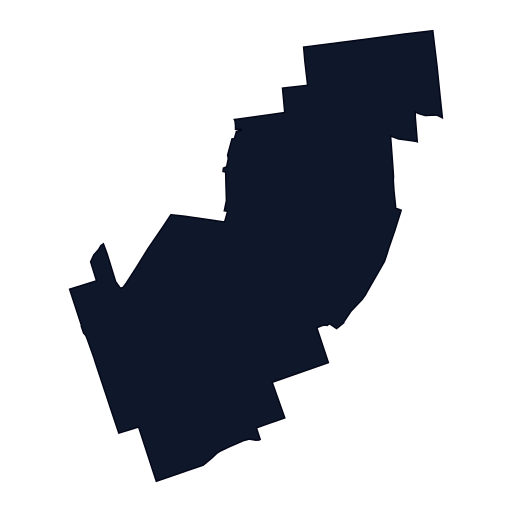 Calmatuiu, Teleorman, Romania (Albers equal-area conic projection)
{"feature_id": "2599482B22374175683856", "entity_name": "Calmatuiu", "entity_type": "district", "adm_level": 2, "iso_a3": "ROU", "parent_name": "Romania", "parent_adm1": "Teleorman", "projection": "albers", "projection_center": [24.851, 43.964], "detail": "fine", "context": "isolated", "style": "filled", "palette": "ink", "viewbox_px": 512, "rotation_deg": 0, "n_neighbors": 0, "source": "geoboundaries", "source_scale": "gbopen_adm2", "svg_char_len": 1941}
<svg xmlns="http://www.w3.org/2000/svg" viewBox="0 0 512 512"><path d="M81.3,326.3L82.9,331.0L83.6,333.1L85.1,334.7L86.0,336.0L87.4,339.5L94.0,358.0L95.1,361.7L102.6,384.4L106.8,397.0L107.1,397.9L109.9,406.5L118.8,433.1L138.6,427.0L147.1,453.1L156.3,481.3L187.6,470.5L203.3,465.1L212.2,457.7L216.9,453.2L220.1,451.2L229.5,446.7L243.3,440.7L247.8,439.5L249.1,439.1L255.6,440.2L258.8,440.1L260.2,439.4L256.4,427.9L265.8,424.5L284.8,417.9L272.2,382.3L328.4,362.6L316.8,327.7L322.7,325.4L326.5,325.1L327.1,325.5L329.5,323.7L336.6,328.6L343.8,322.7L343.6,322.2L351.0,311.2L362.1,299.5L365.7,294.5L366.0,293.7L384.5,261.4L387.4,252.8L388.4,249.2L394.7,230.9L401.2,210.2L397.7,208.9L396.6,208.6L395.6,208.3L395.6,206.2L394.0,191.0L393.3,180.3L393.5,176.8L393.3,172.9L392.1,156.3L390.6,136.0L392.3,136.7L398.6,139.0L404.2,139.7L412.1,140.8L416.5,141.5L417.3,141.8L415.3,117.0L415.3,111.6L417.7,113.2L421.0,114.3L425.5,115.6L426.0,115.5L430.0,115.3L434.2,115.2L437.0,115.2L439.7,116.5L442.4,117.8L439.6,91.4L437.4,69.6L437.2,67.5L432.8,30.7L406.1,33.8L355.5,40.5L303.6,47.1L303.7,48.0L304.8,60.9L307.6,85.3L306.9,85.4L282.5,88.1L284.5,110.1L284.7,112.5L270.9,114.5L245.7,118.0L236.3,119.3L234.7,119.4L234.3,119.5L234.5,119.9L235.0,120.9L235.0,121.1L235.5,125.5L235.5,129.3L236.0,129.4L236.9,129.4L240.1,129.4L241.3,129.4L241.2,130.5L239.9,130.5L238.3,130.6L238.0,131.5L236.4,131.5L236.2,132.2L235.5,134.7L234.4,138.5L234.4,138.8L233.4,138.8L232.0,138.9L227.6,155.1L228.3,158.6L226.6,166.8L223.4,168.1L223.0,171.5L223.4,171.6L225.6,172.0L225.8,177.2L225.8,178.7L226.0,186.0L226.4,200.6L224.6,209.3L224.3,210.8L227.6,211.2L227.5,211.8L225.0,220.5L224.6,222.0L184.7,216.2L173.6,215.0L170.9,214.7L163.1,226.5L148.2,248.3L136.3,267.5L125.9,283.6L123.1,287.4L120.3,288.2L115.7,281.7L107.1,253.8L103.4,243.8L100.9,245.6L98.6,249.5L93.8,254.9L90.6,261.8L96.5,280.8L69.6,289.2L81.7,326.2L81.3,326.3Z" fill="#0f172a" stroke="#020617" stroke-width="1.5"/></svg>